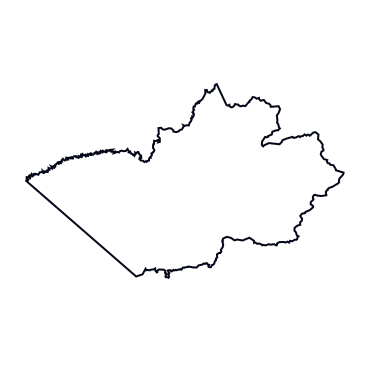 the district of Sandia, Puno, Peru, rotated 245°
{"feature_id": "86281439B32032082656225", "entity_name": "Sandia", "entity_type": "district", "adm_level": 2, "iso_a3": "PER", "parent_name": "Peru", "parent_adm1": "Puno", "projection": "albers", "projection_center": [-69.323, -13.833], "detail": "fine", "context": "isolated", "style": "outline", "palette": "ink", "viewbox_px": 384, "rotation_deg": 245, "n_neighbors": 0, "source": "geoboundaries", "source_scale": "gbopen_adm2", "svg_char_len": 6083}
<svg xmlns="http://www.w3.org/2000/svg" viewBox="0 0 384 384"><g transform="rotate(245 192 192)"><path d="M132.3,312.4L135.3,313.2L136.5,314.7L136.4,315.7L137.4,316.6L137.7,317.9L137.4,321.7L138.1,328.3L138.7,329.5L140.0,329.8L141.8,331.3L144.0,336.4L145.5,337.6L150.9,331.6L152.1,331.9L156.5,331.5L158.2,328.8L159.7,328.8L160.6,327.4L162.4,327.0L163.8,328.1L166.0,325.5L170.5,324.6L171.5,324.5L173.8,326.3L174.1,328.6L174.8,329.1L177.4,329.0L179.7,330.5L183.5,329.8L186.5,328.5L190.7,330.9L194.0,329.2L194.6,327.0L193.2,322.6L194.8,321.7L195.1,321.0L194.7,319.6L196.6,318.3L195.9,316.4L196.5,313.7L196.2,313.1L197.6,312.3L197.5,308.9L198.2,306.9L199.4,306.6L200.4,300.7L200.7,296.0L199.4,294.5L198.3,291.5L203.8,282.4L203.9,276.9L203.2,276.0L204.1,275.3L205.3,275.2L208.1,276.9L211.0,281.5L210.0,282.7L209.9,284.1L210.5,284.3L210.4,288.6L212.7,290.3L212.3,294.6L211.5,296.2L212.0,296.7L212.4,298.5L214.4,298.2L216.8,298.8L219.0,298.4L220.6,299.6L225.6,301.3L226.7,303.5L229.8,306.8L233.1,306.8L235.9,299.4L237.4,299.8L239.5,299.1L241.3,296.8L245.1,296.0L245.7,292.8L247.6,292.1L249.0,292.4L249.2,290.1L251.3,288.8L252.4,287.1L250.8,284.8L250.2,282.3L249.3,282.1L249.1,280.4L247.3,276.7L248.7,274.8L249.0,272.5L250.4,271.1L251.6,270.9L253.5,268.0L252.6,267.3L251.9,265.4L251.9,264.0L252.5,263.0L254.0,262.3L255.2,262.7L255.1,261.0L256.3,260.0L279.3,260.0L279.4,258.8L278.7,257.5L276.1,256.0L276.2,254.8L275.1,253.5L275.6,252.9L274.9,252.3L275.1,250.7L274.4,250.0L276.1,248.3L278.3,248.5L278.5,247.8L277.9,247.2L278.4,246.9L275.6,245.7L271.9,240.9L271.2,238.9L271.2,236.6L270.5,237.0L269.7,236.1L270.0,234.6L270.6,234.4L270.0,233.5L270.5,232.8L268.2,230.5L268.7,229.6L266.6,228.2L265.5,228.5L265.3,227.7L264.0,226.8L264.0,226.2L262.1,226.8L261.9,226.1L260.8,226.0L259.8,225.0L260.4,224.0L259.1,223.7L259.1,222.2L257.8,222.3L256.4,220.7L255.8,219.1L253.6,217.2L254.7,215.5L255.0,213.5L256.3,212.3L255.0,212.3L252.9,209.1L253.4,207.4L252.6,205.6L253.0,202.9L254.7,200.7L256.0,201.1L258.4,200.0L259.5,198.1L260.1,193.2L261.4,191.8L263.2,191.2L264.1,188.7L258.5,186.3L258.1,185.0L257.1,184.5L254.4,185.5L251.0,184.0L251.3,182.4L252.2,183.4L253.4,183.2L253.5,180.8L254.4,179.3L251.6,177.9L251.8,177.4L251.1,176.7L248.7,175.4L245.6,175.5L244.3,173.7L244.6,173.1L244.0,171.5L243.3,171.8L241.8,170.5L241.5,169.4L240.5,169.0L241.0,168.3L240.7,167.5L238.6,166.3L239.0,165.0L238.6,163.9L239.2,163.9L239.4,162.9L239.3,161.5L241.0,160.8L242.1,159.0L244.0,158.2L244.5,158.6L243.8,159.1L244.4,160.5L245.0,160.7L245.8,160.0L246.6,161.2L248.4,160.2L250.8,160.3L251.3,159.6L250.6,158.0L251.7,157.2L250.3,156.8L249.2,155.3L250.2,155.2L250.2,154.3L251.5,154.3L252.3,153.1L254.8,153.0L254.3,151.8L254.8,151.3L255.8,151.9L258.2,151.8L257.2,149.3L258.1,146.8L259.3,145.6L259.4,143.8L258.7,142.6L259.7,141.5L259.9,140.2L261.1,139.6L260.0,138.5L260.2,137.4L261.2,138.6L261.7,137.3L263.4,136.5L263.9,138.0L264.7,135.7L263.4,135.3L265.0,134.4L264.8,133.4L265.6,132.8L264.8,132.1L265.9,131.6L265.3,130.9L264.5,131.5L264.3,130.7L266.3,129.2L265.8,128.2L267.0,128.3L266.2,125.9L267.0,126.1L267.2,127.1L267.9,126.7L267.0,124.7L266.2,124.4L266.2,122.5L266.6,122.2L266.5,123.2L267.4,124.2L267.8,123.5L267.1,122.1L268.0,121.5L268.6,122.4L269.0,122.2L268.3,121.3L268.7,120.2L267.9,119.8L267.6,118.3L268.3,117.3L269.1,117.4L269.7,116.7L268.1,116.2L268.4,115.6L269.5,115.8L269.9,114.7L269.7,113.2L269.2,113.6L268.6,113.0L269.1,112.5L270.1,112.7L269.2,111.0L270.8,111.0L270.6,109.7L272.6,108.8L271.4,107.8L272.6,107.8L272.9,107.3L270.8,106.2L272.7,104.3L272.0,103.7L271.0,104.0L270.9,103.5L272.0,102.8L272.4,101.7L273.6,101.9L274.2,100.5L273.9,98.9L272.7,98.3L273.0,97.6L274.0,97.9L274.6,97.3L273.9,96.0L275.0,95.3L273.8,93.3L274.3,93.1L275.3,93.8L276.0,93.0L274.2,92.6L274.3,92.1L275.3,91.6L274.2,90.6L274.7,89.6L276.6,89.0L275.8,87.2L274.5,87.0L275.2,84.7L273.6,85.2L273.9,83.0L274.4,82.9L275.0,83.8L275.5,82.7L274.1,79.5L273.2,79.2L272.1,77.5L272.5,77.1L273.9,77.9L273.5,76.8L274.7,75.5L273.4,75.8L272.3,75.2L273.1,74.6L273.5,72.8L274.5,72.1L273.3,71.5L272.4,71.8L272.8,69.3L272.1,69.3L271.8,70.3L271.1,69.6L273.1,66.6L271.9,66.4L271.9,65.5L272.7,65.1L273.4,65.9L274.3,65.6L273.1,65.2L274.2,62.5L272.6,60.0L274.0,58.7L273.9,57.9L274.7,57.7L275.2,56.2L274.0,55.7L273.7,54.0L275.9,54.1L275.1,53.1L275.8,52.3L275.6,51.4L273.9,51.8L273.0,51.1L274.2,50.5L275.4,48.5L274.6,48.0L272.3,48.9L271.7,48.0L273.0,47.3L272.2,46.4L139.0,105.7L138.3,112.4L142.0,117.4L140.4,117.4L140.2,118.9L138.8,120.6L139.0,121.6L138.0,125.0L138.2,126.3L136.4,125.6L134.0,126.1L134.0,126.8L135.3,127.5L135.8,129.1L133.5,133.6L132.2,134.3L129.7,133.4L129.3,134.2L128.3,134.5L127.3,132.7L126.4,132.1L125.6,132.5L125.0,134.0L124.2,134.5L124.6,135.2L127.2,135.8L128.0,137.2L129.5,136.8L130.5,137.3L131.0,136.8L131.1,137.3L130.2,139.5L128.9,139.6L128.6,140.1L129.3,142.2L128.4,142.6L128.3,144.3L127.7,144.7L127.4,147.3L126.8,148.2L127.0,148.9L126.1,149.7L127.4,151.8L126.5,153.0L126.7,154.1L125.7,156.7L126.0,157.2L123.0,161.4L121.6,164.5L122.7,167.0L121.8,170.8L122.3,171.9L122.1,172.8L121.4,173.2L121.4,175.3L120.0,175.4L118.8,176.7L117.9,175.5L117.1,175.5L116.2,176.3L115.9,177.4L117.3,179.0L117.1,180.3L117.6,181.7L119.7,183.6L120.0,184.9L121.5,185.5L122.1,187.2L125.0,188.3L125.3,191.0L124.7,191.8L125.7,193.5L127.2,193.6L129.1,196.6L131.0,198.0L134.4,198.6L134.5,199.3L135.4,199.2L136.7,200.7L136.6,204.7L134.0,207.9L130.2,210.1L129.8,213.0L126.7,217.3L126.3,224.7L121.7,227.5L119.6,226.8L119.6,227.9L117.3,229.4L117.1,230.9L114.9,233.0L114.0,233.1L114.0,234.1L112.6,236.0L112.2,239.6L111.0,241.0L110.0,244.4L108.0,245.7L108.1,246.7L109.3,247.2L109.7,249.9L108.0,253.9L106.8,255.2L106.6,257.7L105.1,258.7L106.3,260.3L105.0,262.1L105.3,265.1L104.6,266.3L104.9,267.5L106.7,268.8L106.9,269.7L108.2,268.7L111.7,269.1L113.6,268.5L116.2,269.9L117.0,273.3L116.5,276.2L118.9,277.2L119.3,279.0L121.0,280.4L124.6,280.0L125.9,282.6L125.1,285.5L126.0,286.5L125.8,291.0L127.0,295.3L128.3,295.8L130.5,294.4L132.6,295.3L133.9,298.9L136.1,299.2L137.5,300.8L137.5,302.3L135.8,304.1L133.7,307.5L132.3,312.4Z" fill="none" stroke="#020617" stroke-width="2"/></g></svg>